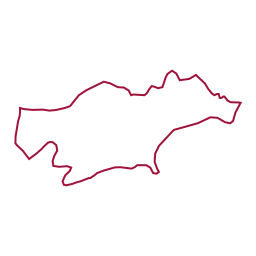 an SVG outline of Passoré
{"feature_id": "BFA-2817", "entity_name": "Passoré", "entity_type": "Province", "adm_level": 1, "iso_a3": "BFA", "parent_name": "Burkina Faso", "parent_adm1": "", "projection": "natural_earth1", "projection_center": [-2.128, 12.879], "detail": "fine", "context": "isolated", "style": "outline", "palette": "rose", "viewbox_px": 256, "rotation_deg": 0, "n_neighbors": 0, "source": "natural_earth", "source_scale": "10m", "svg_char_len": 1352}
<svg xmlns="http://www.w3.org/2000/svg" viewBox="0 0 256 256"><path d="M59.0,166.8L53.4,165.9L52.6,161.1L54.4,155.7L57.2,150.7L56.3,145.2L52.7,142.2L50.3,142.0L48.1,142.6L44.4,146.0L41.8,148.8L36.4,153.6L29.1,159.0L22.8,150.7L17.3,145.6L15.4,143.3L15.6,136.3L18.0,121.8L19.2,117.5L19.7,115.8L20.1,111.1L20.0,108.0L24.0,109.1L32.6,109.9L42.6,109.6L49.5,110.6L56.0,110.0L64.7,108.0L70.0,106.2L78.9,95.2L86.2,90.3L103.8,81.7L110.3,83.4L117.9,87.2L123.8,87.5L128.7,90.5L131.1,95.2L133.4,94.5L144.5,95.2L146.9,93.2L149.2,89.2L151.7,86.1L154.7,86.8L158.0,88.2L162.5,87.1L165.6,77.6L167.5,73.9L172.1,70.7L176.4,73.6L179.7,80.2L189.3,78.9L196.0,74.9L197.3,76.3L204.8,83.3L208.2,88.9L211.8,93.4L214.3,95.2L217.0,94.0L218.6,94.0L219.2,95.8L219.7,97.8L220.8,98.1L222.1,97.5L223.1,96.5L224.4,96.5L227.5,100.5L230.5,102.2L239.0,102.5L240.6,102.8L235.4,112.6L233.1,120.9L231.3,122.4L230.1,123.3L225.1,122.2L217.4,117.8L210.4,117.3L197.9,123.2L173.8,129.9L159.0,145.8L155.2,153.6L154.6,161.7L157.2,168.8L158.9,171.9L156.6,173.7L153.1,173.0L150.3,167.6L146.2,165.2L137.2,165.2L134.9,167.1L131.6,168.6L120.3,167.2L114.8,167.4L103.0,170.8L97.1,173.1L93.8,175.8L92.4,176.6L90.0,178.2L89.0,178.0L80.2,181.4L77.1,182.2L72.3,183.9L66.4,185.3L63.8,184.7L62.6,181.2L65.2,175.4L69.8,170.9L71.2,167.6L67.1,166.2L59.0,166.8Z" fill="none" stroke="#9f1239" stroke-width="2"/></svg>